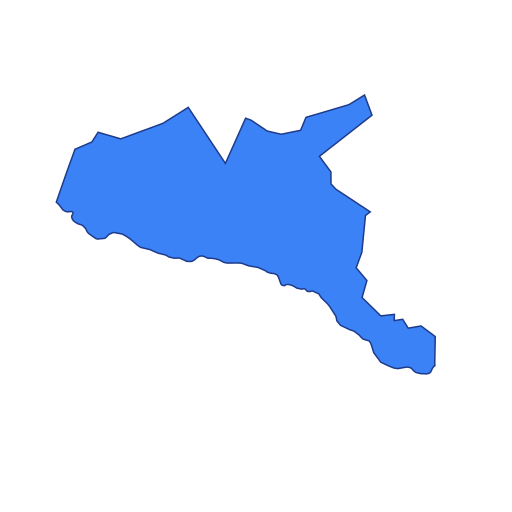 outline of McCormick, South Carolina, United States of America, rotated 337°
{"feature_id": "52423323B96528325771668", "entity_name": "McCormick", "entity_type": "district", "adm_level": 2, "iso_a3": "USA", "parent_name": "United States of America", "parent_adm1": "South Carolina", "projection": "albers", "projection_center": [-82.328, 33.836], "detail": "fine", "context": "isolated", "style": "filled", "palette": "blue", "viewbox_px": 512, "rotation_deg": 337, "n_neighbors": 0, "source": "geoboundaries", "source_scale": "gbopen_adm2", "svg_char_len": 2055}
<svg xmlns="http://www.w3.org/2000/svg" viewBox="0 0 512 512"><g transform="rotate(337 256 256)"><path d="M93.2,128.4L94.7,131.9L96.3,138.2L98.0,140.4L99.7,141.7L103.1,142.8L104.0,143.3L104.4,144.0L104.5,144.8L103.9,145.7L102.8,146.4L101.7,147.6L101.4,149.0L101.4,150.9L102.0,152.8L103.2,154.8L104.8,156.9L107.7,159.3L108.6,160.7L109.9,164.2L110.1,167.9L110.8,170.0L115.4,177.4L116.8,178.5L123.5,180.6L125.5,180.2L128.9,178.7L133.2,178.6L134.5,178.9L141.4,183.5L144.5,187.4L146.9,191.3L151.4,200.3L153.2,203.0L160.8,208.6L166.9,215.1L173.1,219.7L175.7,223.1L179.8,226.0L184.3,227.8L185.4,228.6L189.9,233.6L191.1,234.4L194.8,235.9L197.8,235.6L199.9,234.8L203.4,234.1L206.1,234.7L208.1,236.2L210.9,239.3L214.0,240.6L217.3,242.6L220.4,245.0L223.6,248.9L225.1,250.2L226.7,251.2L236.9,255.5L239.9,257.0L245.3,262.1L253.2,267.2L259.0,273.3L259.8,274.9L262.4,277.3L266.0,279.4L267.6,281.1L268.2,282.3L268.4,284.5L268.0,291.2L268.1,292.2L268.8,293.3L270.7,294.5L272.2,294.1L273.8,294.4L276.2,295.8L279.0,298.6L281.0,301.5L285.3,304.5L286.9,304.6L287.9,305.3L288.6,306.0L288.9,307.6L289.6,308.7L291.9,309.9L292.7,309.8L294.4,310.3L299.0,315.4L299.8,319.9L303.2,328.1L304.0,330.9L306.0,342.7L305.1,347.4L306.7,352.8L313.8,360.8L316.2,362.8L317.2,364.1L320.1,369.2L321.5,373.2L322.3,374.5L326.9,378.3L327.4,380.3L327.4,380.6L327.4,383.3L326.6,391.0L329.4,402.6L335.6,409.5L339.3,413.1L342.6,415.1L348.7,416.5L350.0,416.8L352.2,417.5L353.4,418.3L355.1,419.9L356.5,423.8L357.8,425.8L360.1,427.5L361.4,428.5L367.0,431.2L369.6,431.6L371.5,431.0L374.8,428.1L377.1,426.9L377.8,426.9L378.8,424.2L389.5,400.2L380.6,384.9L367.9,381.9L366.3,371.6L358.0,369.5L360.6,363.8L347.5,359.9L337.4,335.7L348.5,321.9L343.6,306.0L354.9,293.9L372.6,261.5L378.4,260.0L355.6,225.7L353.2,219.0L357.8,207.9L353.3,189.0L417.8,171.7L418.8,150.2L400.7,153.0L356.2,147.9L346.2,157.7L326.8,153.8L315.1,145.3L304.6,129.1L300.3,125.1L264.0,158.8L251.7,92.7L222.3,97.5L177.2,95.3L159.0,80.4L149.5,86.9L131.1,87.0L114.3,105.1L93.2,128.4Z" fill="#3b82f6" stroke="#1e3a8a" stroke-width="1.5"/></g></svg>